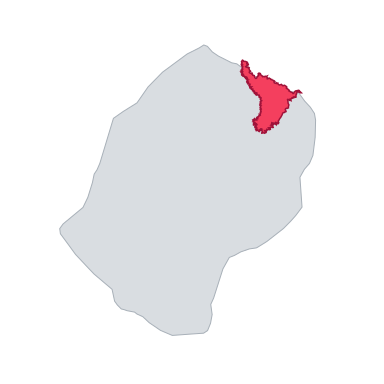 location of Mphokojoana, Mokhotlong, Lesotho, rotated 346°
{"feature_id": "5366337B60583276922456", "entity_name": "Mphokojoana", "entity_type": "district", "adm_level": 2, "iso_a3": "LSO", "parent_name": "Lesotho", "parent_adm1": "Mokhotlong", "projection": "orthographic", "projection_center": [29.014, -29.041], "detail": "fine", "context": "in_parent", "style": "filled", "palette": "rose", "viewbox_px": 384, "rotation_deg": 346, "n_neighbors": 0, "source": "geoboundaries", "source_scale": "gbopen_adm2", "svg_char_len": 6927}
<svg xmlns="http://www.w3.org/2000/svg" viewBox="0 0 384 384"><g transform="rotate(346 192 192)"><path d="M252.7,258.1L242.2,261.5L240.7,261.8L234.0,261.1L224.9,261.9L217.9,263.8L212.4,264.5L203.4,274.1L187.3,300.2L183.0,305.6L181.9,315.8L178.2,323.9L173.6,330.2L169.1,331.8L155.6,329.4L138.2,326.4L128.0,318.7L118.9,308.5L114.1,301.1L109.0,297.0L107.3,294.7L100.2,291.4L97.5,289.6L95.1,288.4L92.2,283.5L90.5,279.2L90.9,267.1L85.8,260.0L77.1,247.9L71.5,238.0L63.9,224.4L59.2,212.8L54.2,200.7L54.8,195.5L59.2,191.8L72.3,185.5L82.5,180.6L89.7,171.9L97.6,158.9L101.4,151.0L105.3,147.4L109.5,141.9L116.8,129.7L124.9,116.1L133.6,101.5L144.8,97.2L160.2,92.2L174.8,79.4L192.4,68.6L220.7,56.9L234.0,53.9L239.0,52.2L242.2,54.4L245.6,61.0L250.5,66.5L261.7,76.2L266.5,78.5L278.1,92.7L290.4,102.5L304.7,113.8L314.3,119.5L319.3,121.0L323.3,131.0L327.4,138.5L329.8,145.4L329.3,152.2L324.7,168.8L318.2,185.7L312.9,192.7L306.6,197.1L300.3,203.8L297.9,217.4L295.1,233.3L287.0,239.9L280.7,244.2L272.0,249.5L252.7,258.1Z" fill="#d9dde1" stroke="#a8b0b8" stroke-width="1"/><path d="M283.4,149.6L283.0,148.9L282.3,148.6L282.0,148.2L282.9,148.3L283.3,148.6L284.5,148.0L285.9,149.0L286.4,149.0L286.3,147.6L286.5,146.7L286.1,146.5L285.0,146.4L284.7,146.2L286.0,145.7L285.8,144.8L286.2,144.1L286.5,144.4L286.7,145.5L287.4,146.2L287.7,146.0L287.3,145.5L288.0,145.0L288.2,145.3L288.0,145.5L287.8,145.3L287.8,145.6L288.5,145.9L288.9,145.3L289.5,145.0L289.3,145.5L289.2,146.2L289.5,146.5L289.7,145.9L290.2,145.9L290.2,147.1L291.1,146.4L291.1,145.4L292.2,145.8L292.5,146.3L293.0,145.6L292.7,144.6L293.0,144.2L293.0,143.8L293.9,143.2L295.0,141.8L295.8,141.4L298.2,138.8L298.9,137.6L299.8,137.1L300.9,137.2L301.3,136.8L302.4,136.9L302.8,136.5L302.4,134.6L303.0,133.8L304.0,133.6L304.4,133.9L305.9,133.7L306.1,132.7L307.1,130.9L306.7,129.1L307.0,127.6L307.0,126.2L307.3,125.9L307.1,125.4L307.3,125.3L307.6,125.7L307.7,126.3L307.8,126.0L308.3,126.1L308.3,125.7L308.7,125.6L308.9,126.7L309.5,126.8L310.2,127.3L310.2,126.9L309.9,126.9L309.8,126.5L309.4,126.2L309.8,125.9L310.1,125.6L311.6,125.4L311.6,124.9L311.8,124.8L312.1,124.8L312.7,125.2L313.0,125.1L313.3,124.5L313.7,125.1L314.3,124.5L315.2,125.1L315.7,125.2L316.0,124.9L315.8,124.3L316.2,123.8L316.2,123.3L316.7,122.8L316.6,122.6L317.0,122.3L317.1,121.7L317.4,121.7L318.0,120.4L318.7,120.4L319.8,120.8L320.2,121.3L321.5,122.1L322.1,122.2L320.8,120.2L320.6,119.5L320.1,119.1L316.7,119.0L316.2,119.5L315.5,119.7L314.5,120.9L313.8,120.9L313.4,119.8L312.2,119.0L310.5,117.3L310.9,116.9L310.8,116.5L310.1,115.8L309.8,115.1L309.1,114.7L308.6,113.9L309.4,113.2L309.2,112.5L308.4,111.8L308.0,111.2L307.3,110.7L306.0,111.0L305.3,110.3L305.3,110.0L304.8,109.2L302.6,109.3L301.9,108.5L301.6,107.5L301.2,107.4L301.5,107.1L300.6,106.7L300.2,106.3L299.9,106.6L299.5,106.8L298.3,106.1L298.2,104.8L298.5,104.5L299.0,104.5L298.7,104.0L296.5,102.3L296.5,102.0L295.6,101.8L295.4,101.0L294.7,100.5L294.6,100.2L293.8,100.1L292.9,100.6L292.3,100.3L292.7,99.1L292.2,98.3L292.8,97.7L292.1,97.8L291.1,97.4L290.8,97.4L290.5,97.8L289.4,97.2L288.5,97.3L288.1,96.7L288.2,96.3L288.0,96.0L287.0,94.9L287.0,93.6L285.8,92.8L285.0,93.1L285.1,93.3L284.9,93.3L284.8,94.0L285.2,94.4L285.0,94.9L284.3,94.9L284.1,95.6L282.9,96.0L282.6,96.8L282.2,97.2L281.5,97.3L281.1,97.0L280.6,96.1L280.6,94.1L279.3,93.5L279.2,93.3L279.3,92.9L278.6,92.1L278.7,91.9L279.2,91.5L279.0,91.0L277.4,91.0L276.5,90.0L276.9,89.1L278.0,89.1L278.0,88.8L277.2,87.7L277.3,87.1L277.1,86.3L277.5,85.5L277.1,85.4L277.2,85.0L276.3,84.8L276.4,84.2L275.4,84.3L274.7,83.9L274.4,83.3L275.4,82.9L276.0,82.3L276.6,82.5L277.5,82.2L277.5,81.5L276.1,80.7L276.4,79.9L277.1,79.9L277.0,79.4L275.6,78.3L273.6,77.6L273.5,76.9L273.0,76.3L272.8,76.3L272.5,76.5L272.3,77.0L271.6,77.3L271.6,78.0L271.8,78.4L271.6,78.5L271.7,78.9L271.3,79.4L271.6,79.9L271.5,80.4L271.9,80.9L271.4,81.1L271.0,80.7L271.0,80.1L270.7,80.1L270.7,81.6L271.0,81.9L270.9,82.5L271.1,82.8L271.4,82.5L271.6,82.7L270.9,83.7L270.9,84.5L270.5,84.2L270.3,84.5L270.3,84.9L270.8,84.9L270.8,85.1L270.4,85.5L269.3,85.5L269.1,86.1L269.7,86.2L269.9,86.5L268.7,86.7L269.0,87.0L270.0,87.4L269.7,87.6L269.1,87.2L268.6,87.9L269.5,88.2L269.0,88.7L269.2,89.3L269.7,88.6L269.9,89.0L269.7,89.5L268.6,89.9L268.5,90.2L268.7,90.4L269.3,90.3L269.9,90.4L269.8,90.7L269.1,91.1L269.4,91.3L269.8,91.2L269.4,91.8L270.3,92.3L270.4,91.9L270.6,92.0L271.1,92.6L270.8,92.9L270.8,93.2L271.6,93.3L271.3,93.7L271.4,93.9L272.5,93.6L273.0,94.0L272.9,94.5L271.7,95.1L272.2,95.6L272.9,95.2L273.2,95.2L273.3,95.6L272.5,96.4L272.7,96.9L273.2,97.0L272.3,97.5L272.3,98.0L271.8,98.2L271.9,99.2L272.4,99.3L272.4,99.9L272.7,99.6L272.8,99.1L273.3,99.0L273.2,99.7L272.6,100.0L272.7,100.4L272.9,100.7L274.4,101.5L274.2,101.7L273.4,101.9L273.0,102.5L273.1,102.8L273.8,103.1L273.6,103.6L274.0,103.7L274.5,104.2L275.3,104.4L274.3,105.0L273.4,104.5L273.3,105.0L274.6,105.7L274.8,106.1L274.3,106.4L274.4,106.7L275.2,107.0L275.7,106.9L275.2,108.3L275.4,108.5L276.0,108.4L275.9,109.4L276.2,109.4L276.6,108.9L276.8,109.0L277.1,110.4L276.8,110.8L276.4,110.8L276.4,111.3L276.7,111.4L277.4,111.1L278.2,112.1L278.5,111.9L278.6,111.4L278.9,111.5L278.9,111.8L278.0,112.7L277.4,112.8L277.8,113.5L278.4,113.7L279.1,113.2L279.9,114.2L280.6,114.3L280.5,115.1L280.3,115.4L280.8,115.6L280.8,115.8L280.7,116.2L280.2,116.5L280.5,116.9L281.2,116.8L281.4,117.3L281.6,117.1L281.8,117.3L281.6,117.8L280.7,118.7L281.0,119.5L281.8,120.1L281.7,120.3L280.9,120.4L280.6,121.2L280.1,120.9L279.9,121.1L279.9,121.5L280.3,122.0L279.6,122.8L280.3,122.8L280.3,123.1L279.3,123.2L279.5,123.8L279.0,124.3L279.6,124.8L279.1,124.9L279.4,125.5L278.7,126.3L279.1,127.2L278.6,127.2L278.8,127.8L278.2,128.2L279.0,129.0L278.1,129.8L278.0,130.1L278.5,130.8L278.1,131.3L277.5,131.4L277.6,132.2L276.9,132.9L276.5,132.8L276.9,133.6L276.9,134.0L276.3,134.2L275.6,133.9L275.6,134.4L274.8,134.6L274.3,135.2L274.0,135.1L273.7,136.3L273.6,136.5L273.3,136.0L273.5,135.4L273.2,135.2L272.7,135.6L272.8,136.4L271.6,136.7L272.3,137.2L272.2,137.8L270.6,136.5L270.4,135.9L270.1,136.1L270.5,137.0L270.3,137.7L269.2,137.1L269.3,136.7L268.4,136.8L268.8,138.4L268.3,138.6L269.0,139.0L270.1,140.3L270.4,140.8L270.1,140.9L270.9,141.3L270.7,141.5L269.9,141.1L269.3,141.2L269.2,140.1L268.7,140.0L268.0,140.9L267.9,141.9L268.3,141.9L268.7,141.3L269.0,141.5L269.5,142.5L269.8,142.5L270.5,141.8L270.8,141.9L271.3,142.5L269.3,143.2L268.6,144.1L268.9,145.0L269.2,144.9L269.4,144.0L270.0,144.0L270.5,145.7L270.0,146.3L269.3,146.6L269.7,146.9L269.0,146.8L269.2,148.0L269.9,147.8L270.4,147.9L271.8,149.6L272.2,149.3L272.8,148.0L274.1,147.3L275.0,147.7L275.1,148.0L274.8,148.1L273.7,148.2L273.4,148.5L273.8,149.1L274.7,149.5L275.1,150.1L274.5,151.1L273.9,151.5L273.9,151.8L275.8,151.9L276.6,152.5L277.3,152.0L277.8,152.4L278.3,152.2L278.7,151.3L277.5,150.6L277.4,150.1L279.0,150.9L279.3,150.4L279.3,149.7L279.6,149.2L280.2,149.4L280.6,150.0L281.4,149.6L282.2,150.3L283.2,150.2L283.4,149.6Z" fill="#f43f5e" stroke="#9f1239" stroke-width="1.5"/></g></svg>